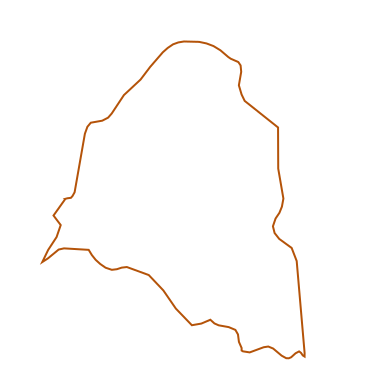 SVG path tracing the border of Annaba, rotated 189°
{"feature_id": "DZA-2163", "entity_name": "Annaba", "entity_type": "Province", "adm_level": 1, "iso_a3": "DZA", "parent_name": "Algeria", "parent_adm1": "", "projection": "natural_earth1", "projection_center": [7.527, 36.848], "detail": "fine", "context": "isolated", "style": "outline", "palette": "amber", "viewbox_px": 384, "rotation_deg": 189, "n_neighbors": 0, "source": "natural_earth", "source_scale": "10m", "svg_char_len": 1199}
<svg xmlns="http://www.w3.org/2000/svg" viewBox="0 0 384 384"><g transform="rotate(189 192 192)"><path d="M55.1,47.1L57.0,47.9L59.2,50.2L61.3,51.3L64.5,48.9L68.2,44.3L70.4,42.9L73.0,42.6L77.9,44.4L87.4,50.1L92.5,51.3L96.9,49.9L109.9,42.6L116.8,42.6L118.2,43.2L118.6,45.7L122.2,51.3L124.3,58.5L127.6,62.6L134.6,64.3L144.8,64.5L149.3,65.7L153.9,68.7L162.2,63.5L171.3,60.4L189.7,74.3L204.9,90.3L221.7,103.2L244.6,107.7L249.6,106.3L254.1,104.0L259.0,102.6L265.5,103.7L271.3,106.5L276.5,109.9L281.0,114.0L285.0,118.7L309.6,116.3L314.7,114.3L324.0,103.8L328.9,99.4L325.0,112.3L318.7,126.3L316.5,138.8L325.1,147.1L316.1,165.2L316.3,165.3L314.1,166.3L310.7,167.3L309.4,169.3L307.9,173.4L306.9,232.8L305.5,240.1L302.8,244.6L291.8,248.4L286.5,252.3L283.6,256.9L274.4,277.1L260.4,295.0L252.9,309.0L242.7,325.4L238.5,330.5L233.8,334.9L228.9,337.6L223.5,339.4L208.5,341.4L200.9,341.0L193.6,339.5L186.1,336.4L177.3,331.0L174.6,329.7L166.6,327.6L163.8,324.6L162.2,318.4L162.4,304.7L158.3,296.1L154.2,290.2L117.1,269.2L110.5,228.6L100.7,199.8L100.9,191.6L102.4,185.1L105.3,178.9L106.7,170.8L104.0,164.4L98.5,159.3L84.8,152.3L77.8,140.2L55.6,50.6L55.1,47.1Z" fill="none" stroke="#b45309" stroke-width="2"/></g></svg>